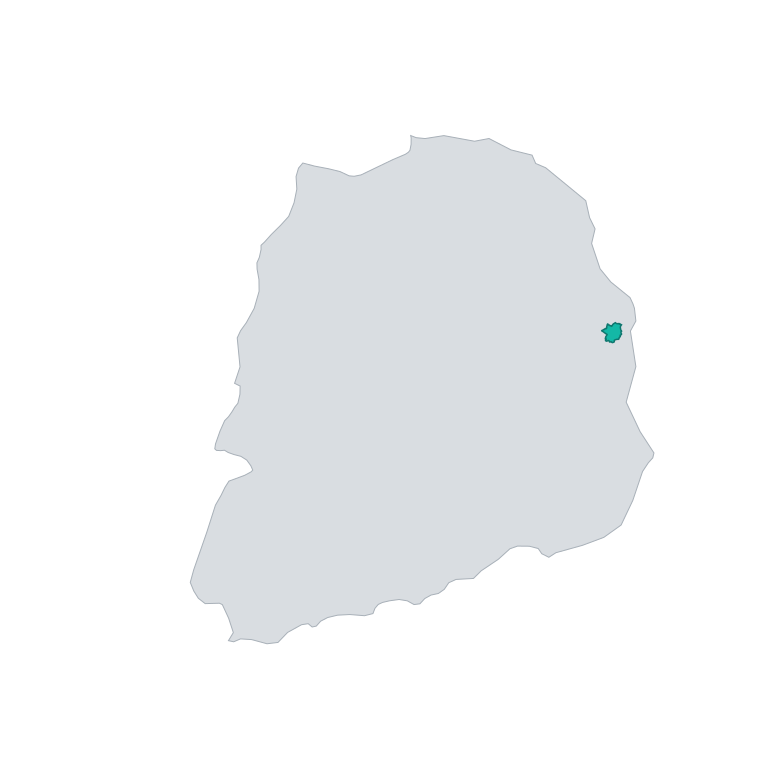 Los Cerrillos, Canelones, Uruguay shown in context, rotated 244°
{"feature_id": "84410073B16408849158575", "entity_name": "Los Cerrillos", "entity_type": "district", "adm_level": 2, "iso_a3": "URY", "parent_name": "Uruguay", "parent_adm1": "Canelones", "projection": "natural_earth1", "projection_center": [-56.396, -34.629], "detail": "fine", "context": "in_parent", "style": "filled", "palette": "teal", "viewbox_px": 768, "rotation_deg": 244, "n_neighbors": 0, "source": "geoboundaries", "source_scale": "gbopen_adm2", "svg_char_len": 4997}
<svg xmlns="http://www.w3.org/2000/svg" viewBox="0 0 768 768"><g transform="rotate(244 384 384)"><path d="M595.6,516.9L591.3,520.9L586.6,528.5L581.0,546.7L562.5,571.8L558.6,586.0L538.8,600.7L524.8,617.4L515.7,617.0L507.5,624.1L460.3,645.7L443.4,641.7L430.9,641.7L419.3,632.2L392.8,628.7L376.2,632.6L353.8,643.0L347.1,642.9L342.3,642.3L330.2,638.0L323.6,628.7L289.2,618.0L261.5,593.7L228.8,593.3L203.7,596.4L199.8,593.2L197.3,587.0L192.0,578.0L170.3,556.6L153.3,535.3L149.8,514.4L152.0,491.6L157.0,464.6L156.0,456.2L162.3,451.4L168.5,450.5L174.5,443.5L179.8,432.9L180.7,424.9L176.4,410.2L173.5,389.5L170.0,379.2L176.8,363.0L177.0,355.1L173.0,348.1L171.9,341.0L173.7,333.7L173.3,326.6L170.7,319.9L172.6,314.3L178.9,309.9L183.7,303.1L186.7,294.0L188.3,287.0L188.4,282.2L186.4,277.6L182.5,273.4L184.3,264.9L191.8,252.2L196.6,240.9L198.8,231.0L198.6,223.1L196.1,217.0L197.1,212.9L201.8,210.8L203.8,204.4L203.0,188.5L198.2,175.4L201.8,165.0L212.3,153.0L217.8,143.3L218.2,135.9L221.5,131.7L226.6,139.6L241.6,141.7L256.6,142.0L259.1,140.0L265.0,127.0L272.8,123.2L281.3,122.3L290.6,122.9L300.5,131.6L328.5,159.8L349.0,179.4L355.3,188.7L360.7,195.6L364.7,202.1L363.0,218.8L363.3,226.2L364.2,228.3L368.9,228.5L375.8,227.3L381.7,223.7L386.3,218.3L390.8,213.9L394.4,211.6L395.7,208.0L397.8,204.3L399.9,203.5L404.0,206.3L413.5,215.9L420.9,224.7L422.7,229.8L425.6,235.1L428.6,239.7L430.7,244.2L437.9,250.0L445.2,253.8L450.1,250.0L462.5,262.1L489.8,272.3L494.8,278.5L499.5,287.2L508.9,300.5L522.1,312.4L532.7,317.4L542.9,320.3L548.6,322.9L552.5,327.5L558.7,332.4L562.6,334.3L563.9,338.7L567.8,348.3L571.9,360.5L576.4,371.8L586.3,382.6L597.4,391.1L609.0,395.9L615.5,401.8L618.2,407.9L610.3,417.1L601.7,428.6L594.2,437.6L586.4,443.9L583.8,448.2L582.0,455.0L581.8,490.7L581.1,503.9L581.6,507.5L582.7,509.8L587.5,513.4L593.3,516.3L595.6,516.9Z" fill="#d9dde1" stroke="#a8b0b8" stroke-width="1"/><path d="M335.7,620.8L335.7,620.5L336.0,620.0L336.4,619.5L336.9,619.2L337.4,618.9L337.7,618.8L337.7,618.6L337.6,618.4L337.6,618.2L337.6,617.8L337.5,617.3L337.5,616.6L337.3,616.4L337.3,616.1L337.2,615.8L336.6,614.8L336.2,614.3L336.1,614.1L336.1,613.9L336.4,613.7L336.6,613.7L336.9,613.6L337.0,613.4L337.0,613.2L337.1,612.8L337.2,612.7L337.3,612.7L337.5,612.7L337.8,612.5L338.1,612.5L338.2,612.3L338.4,612.0L338.5,611.9L338.9,611.7L338.9,611.3L339.1,611.1L339.3,611.0L339.6,611.3L339.8,611.4L339.9,611.2L339.5,610.7L339.1,610.3L338.6,610.0L338.1,609.5L337.6,609.1L337.3,609.0L337.1,609.0L336.6,608.5L336.3,608.2L336.5,607.9L336.6,607.7L336.8,607.5L336.8,606.8L336.5,606.6L336.3,606.2L336.4,605.9L336.6,605.6L336.7,605.3L336.7,605.1L336.5,604.4L336.5,603.7L336.6,603.3L336.5,603.1L336.0,603.1L335.8,603.3L335.6,603.5L335.3,603.6L335.0,603.9L334.4,604.2L333.8,604.5L333.4,604.6L333.1,604.9L332.4,605.2L332.1,605.3L331.6,605.7L331.1,606.1L330.8,606.2L330.6,606.2L330.1,605.5L329.8,605.0L329.4,604.3L329.0,603.8L328.7,603.5L328.4,603.5L328.1,603.5L327.8,603.0L327.7,603.1L327.4,603.0L327.2,603.1L327.2,603.3L326.9,603.4L326.7,603.3L326.6,603.2L326.6,602.9L326.7,602.7L326.6,602.4L326.4,602.3L326.2,602.3L325.9,602.2L325.8,602.3L325.7,602.3L325.4,602.4L325.3,602.5L325.2,602.5L325.0,602.8L324.9,602.9L324.8,603.4L324.8,603.5L324.8,603.8L324.8,604.0L324.8,604.3L324.8,604.5L324.7,604.8L324.5,605.0L324.4,605.1L324.2,605.2L323.8,605.2L323.7,605.2L323.4,605.1L323.2,605.1L322.9,605.2L322.9,605.3L322.7,605.5L322.6,605.9L322.5,606.0L322.5,606.3L322.5,606.5L322.4,606.7L322.2,606.7L321.9,606.8L321.7,607.0L321.3,607.2L321.2,607.3L321.0,607.6L321.0,607.8L321.0,608.0L320.9,608.3L320.9,608.5L320.9,608.8L320.9,609.0L321.0,609.2L321.0,609.4L321.2,609.5L321.3,609.6L321.5,609.8L321.8,609.9L322.1,610.0L322.3,610.2L322.3,610.3L322.3,610.5L322.4,610.8L322.4,611.0L322.3,611.3L322.3,611.5L322.3,611.8L322.2,612.1L322.2,612.3L322.1,612.7L322.0,612.9L322.0,613.1L321.9,613.2L321.8,613.4L321.7,613.6L321.6,613.8L321.6,614.0L321.4,614.3L321.4,614.5L321.5,614.8L321.6,615.0L321.8,615.1L322.0,615.2L322.1,615.3L322.3,615.4L322.4,615.7L322.5,615.8L322.6,616.0L322.7,616.4L322.8,616.6L323.0,616.8L323.2,617.0L323.3,617.2L323.3,617.3L323.5,617.4L323.8,617.4L323.9,617.5L324.0,617.5L324.3,617.7L324.3,617.8L324.3,618.0L324.3,618.3L324.3,618.5L324.3,618.8L324.4,619.0L324.5,619.2L324.8,619.3L325.0,619.4L325.1,619.5L325.3,619.5L325.6,619.4L325.7,619.5L325.9,619.5L326.0,619.5L326.3,619.5L326.5,619.6L326.8,619.7L326.9,619.8L327.0,619.8L327.1,620.0L327.2,620.4L327.2,620.5L327.3,620.7L327.6,620.7L327.8,620.7L328.0,620.7L328.3,620.6L328.6,620.5L328.9,620.5L329.2,620.6L329.4,620.7L329.9,620.8L330.2,620.9L330.6,621.0L331.0,621.1L331.4,621.3L331.6,621.5L331.9,621.7L332.1,621.8L332.3,622.0L332.5,622.3L332.7,622.6L332.8,622.9L333.0,623.1L333.1,623.4L333.3,623.3L333.3,623.2L333.5,623.0L333.6,622.9L333.8,622.8L333.8,622.7L334.0,622.4L334.1,622.2L334.3,622.0L334.5,622.0L334.8,622.2L334.9,621.9L335.0,621.9L335.2,621.7L335.3,621.7L335.4,621.4L335.4,621.2L335.5,621.2L335.6,620.9L335.7,620.8Z" fill="#14b8a6" stroke="#0f766e" stroke-width="1.5"/></g></svg>